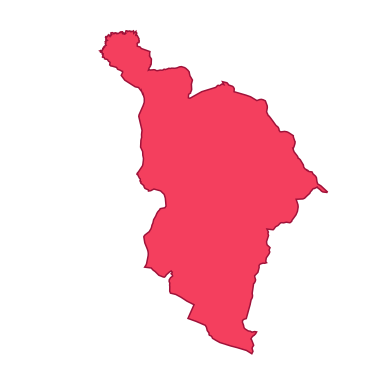 outline of Agona West Municipal, Central, Ghana, rotated 197°
{"feature_id": "2480657B39435178884870", "entity_name": "Agona West Municipal", "entity_type": "district", "adm_level": 2, "iso_a3": "GHA", "parent_name": "Ghana", "parent_adm1": "Central", "projection": "albers", "projection_center": [-0.776, 5.629], "detail": "fine", "context": "isolated", "style": "filled", "palette": "rose", "viewbox_px": 384, "rotation_deg": 197, "n_neighbors": 0, "source": "geoboundaries", "source_scale": "gbopen_adm2", "svg_char_len": 6058}
<svg xmlns="http://www.w3.org/2000/svg" viewBox="0 0 384 384"><g transform="rotate(197 192 192)"><path d="M195.1,306.4L192.9,304.0L194.6,304.1L195.1,303.9L196.4,302.0L196.8,301.8L198.1,301.7L198.7,301.3L199.9,299.0L212.0,290.8L221.4,281.0L223.0,281.0L223.8,284.4L222.3,286.3L222.6,287.3L222.2,288.5L222.3,290.0L224.1,294.9L224.3,299.2L227.9,302.5L229.3,304.9L229.7,305.9L231.3,307.1L234.0,308.4L235.4,308.8L238.8,308.8L240.6,308.0L242.5,306.4L244.5,305.3L247.6,304.5L248.8,303.8L250.4,303.5L251.5,302.5L253.5,301.2L254.6,301.3L255.6,300.0L257.2,299.4L258.1,299.3L260.3,298.0L261.5,297.7L262.3,297.7L263.1,298.0L264.6,297.7L266.0,297.0L266.8,296.8L267.4,296.4L268.3,296.5L269.3,295.7L269.3,297.8L268.5,300.7L268.8,301.1L268.9,301.6L268.5,301.8L268.4,302.2L268.8,303.8L269.7,307.3L272.5,309.7L272.3,310.2L273.0,311.9L273.3,314.0L282.5,314.4L283.7,315.3L284.2,315.5L286.9,315.4L287.9,318.0L287.4,319.1L287.2,319.2L286.8,319.1L286.4,319.4L286.6,321.1L287.4,322.0L287.4,322.9L290.3,325.8L291.5,325.3L291.7,325.5L291.7,326.0L291.4,326.5L291.5,326.8L291.2,327.4L291.7,327.8L291.6,328.1L292.3,328.4L292.6,329.2L294.1,326.8L294.5,328.1L295.2,328.3L294.9,328.8L295.1,329.0L295.8,328.1L296.6,328.0L297.2,327.4L297.5,327.4L297.8,327.8L298.3,327.5L299.2,327.7L300.3,326.6L301.0,327.1L302.2,326.9L302.3,325.1L301.7,324.3L302.4,323.9L302.3,323.4L302.5,323.2L303.2,323.2L303.1,323.6L303.4,323.8L304.0,323.5L303.8,324.1L304.6,324.2L305.1,323.7L305.3,324.0L305.1,324.7L305.3,324.9L306.9,324.4L306.9,323.6L307.8,323.5L308.3,322.5L309.0,321.9L309.6,322.0L310.0,321.8L310.1,321.4L310.9,321.5L311.2,322.0L311.4,322.0L311.7,321.7L312.3,321.6L312.5,320.9L313.0,321.0L313.3,320.6L313.7,321.0L315.0,321.1L316.1,320.3L315.4,319.3L314.8,319.0L315.0,318.7L315.3,318.7L316.1,318.1L315.9,317.9L315.5,318.0L315.4,317.6L315.8,317.4L315.9,316.8L317.6,318.0L317.7,317.8L317.4,317.4L318.1,317.3L318.2,316.4L318.6,315.8L319.2,315.7L319.2,315.4L318.8,315.4L318.9,314.9L318.7,314.7L319.9,315.1L319.9,314.5L319.4,314.0L319.0,314.1L319.1,313.4L318.9,313.4L318.8,312.7L317.3,312.3L318.2,311.2L318.6,311.3L318.5,310.9L318.8,310.4L318.5,310.4L318.0,309.5L318.0,309.2L318.3,309.1L318.3,308.7L318.0,308.7L317.7,307.8L317.2,307.3L317.6,307.2L317.9,306.6L318.0,305.2L318.3,305.2L318.3,305.5L318.5,305.5L318.8,304.9L318.5,304.2L318.7,303.3L319.1,303.7L319.3,303.3L319.1,302.2L319.4,300.3L319.8,300.1L320.0,300.8L320.5,300.8L321.3,300.1L320.5,300.0L320.7,299.6L320.6,299.2L320.4,299.1L320.2,299.5L319.8,299.6L319.6,299.0L318.7,299.1L318.5,298.4L317.3,298.2L317.3,297.8L317.8,297.4L317.0,296.9L317.2,296.4L316.9,295.3L317.1,294.9L316.7,294.7L315.9,295.1L315.2,294.9L314.6,293.8L313.2,293.8L312.7,294.0L311.5,293.9L310.0,292.6L308.8,292.3L308.2,291.8L307.9,289.5L306.4,288.8L305.2,289.0L300.9,289.1L299.9,288.6L299.5,288.0L298.8,287.6L296.6,287.5L293.9,286.9L293.7,287.0L293.3,286.0L293.8,282.8L289.0,279.3L277.1,276.0L273.7,276.3L270.2,273.8L270.2,274.3L267.8,271.2L267.6,271.7L265.0,267.6L263.9,263.9L264.0,260.4L265.2,250.3L265.0,248.7L257.8,236.3L257.1,232.3L256.1,229.4L256.0,226.7L254.3,219.9L251.0,216.2L249.8,212.8L248.3,210.1L247.8,208.2L247.1,204.2L247.0,202.6L249.0,195.9L249.9,193.8L249.9,193.6L249.3,193.4L249.6,192.7L248.7,192.5L248.1,191.7L246.2,189.8L245.6,189.6L245.2,189.2L244.8,187.8L245.0,187.6L244.5,186.8L243.8,186.8L243.6,185.6L239.9,184.0L239.4,182.9L238.5,182.3L238.1,181.7L234.7,181.3L234.3,181.2L233.9,180.2L231.8,181.2L229.3,183.7L222.4,183.9L217.9,181.6L215.7,178.3L212.7,170.9L213.3,169.0L217.5,166.8L217.7,165.7L218.9,163.1L219.4,161.1L219.6,158.6L220.6,154.3L220.3,150.8L220.6,148.6L220.4,146.4L220.5,144.8L221.3,141.6L224.5,137.0L224.8,136.2L225.0,135.1L222.3,129.6L218.0,124.3L216.9,122.7L215.9,120.6L215.3,118.2L214.5,110.2L214.6,108.9L215.3,106.3L208.8,107.4L206.3,105.9L204.1,105.2L199.4,102.7L194.4,102.3L193.4,102.6L192.9,103.4L192.3,105.4L190.1,109.0L188.9,110.3L188.6,109.8L187.4,109.6L187.5,108.3L188.0,107.7L186.7,107.1L186.0,106.0L186.4,105.2L187.4,103.9L188.1,101.3L187.7,99.7L186.6,98.4L186.2,96.4L185.6,95.1L184.3,90.6L183.0,89.0L177.6,89.3L171.9,88.2L164.7,86.1L157.1,84.8L158.9,69.9L150.4,69.5L140.3,68.4L138.6,66.8L136.9,63.9L134.6,62.2L133.9,60.4L133.3,60.1L131.8,60.0L130.5,59.2L129.6,58.1L125.6,57.1L121.3,56.2L110.0,56.1L103.1,56.4L93.6,56.4L87.5,54.8L87.1,57.4L88.8,60.0L88.8,61.6L88.2,63.2L88.3,63.6L91.7,68.0L92.7,68.7L92.2,70.9L91.3,72.5L90.7,73.1L89.7,75.1L89.3,77.1L91.2,76.9L93.7,75.5L95.4,75.9L97.6,75.6L101.0,76.5L102.2,77.1L102.9,78.0L103.8,79.7L105.7,82.2L106.1,84.0L105.0,85.6L103.1,86.8L103.5,101.3L104.0,106.7L103.6,107.3L103.5,109.2L103.9,110.9L104.8,112.6L106.3,122.4L105.7,123.3L105.4,125.2L105.5,126.6L107.1,129.0L107.6,130.2L105.5,134.4L105.7,139.3L106.4,141.3L106.0,142.6L105.4,143.3L103.3,144.7L101.6,145.1L100.0,146.2L100.8,146.8L101.2,147.4L101.7,150.7L100.2,155.6L100.1,157.4L101.3,159.0L101.1,161.6L104.7,163.4L105.4,164.5L106.2,166.3L106.1,172.8L107.2,174.5L107.4,175.5L107.2,176.0L109.5,178.5L103.4,179.6L103.0,180.1L101.9,183.2L100.0,185.1L98.4,188.2L97.6,188.8L95.3,189.3L93.0,190.7L89.4,191.2L88.1,193.0L88.2,193.9L85.9,200.5L85.5,204.3L86.1,208.7L86.9,210.7L90.3,215.5L83.9,217.8L82.5,219.0L80.7,222.3L79.0,225.1L78.7,227.0L77.9,228.5L77.6,229.6L76.9,230.8L75.8,231.2L74.9,232.2L74.2,232.7L73.8,233.3L73.2,232.8L70.0,231.6L68.5,230.7L66.9,230.3L62.9,231.0L62.7,231.8L70.6,235.6L74.2,236.5L75.6,238.6L77.2,242.1L78.4,243.2L81.6,244.7L83.1,246.3L86.1,245.8L88.3,246.3L88.0,246.6L90.8,247.2L92.4,248.4L93.4,250.4L97.9,254.5L100.0,255.5L100.3,255.3L101.4,256.9L106.3,260.4L108.3,263.3L107.9,263.3L107.7,265.5L107.7,268.1L107.8,268.1L108.0,270.1L108.7,270.8L111.2,274.3L111.6,275.5L117.2,277.1L118.9,277.3L121.2,277.0L124.3,275.6L125.3,275.4L126.6,276.3L127.3,277.7L128.4,279.0L129.7,279.7L130.4,279.8L131.3,280.3L137.5,285.0L140.6,287.2L141.3,287.3L144.1,290.4L144.6,294.6L145.2,296.3L148.5,300.6L150.8,301.0L152.7,300.9L154.3,300.2L156.7,298.4L163.8,300.2L168.7,300.4L181.1,300.2L181.8,303.1L182.9,304.3L184.1,304.9L188.4,305.1L189.3,306.0L190.5,306.7L195.1,306.4Z" fill="#f43f5e" stroke="#9f1239" stroke-width="1.5"/></g></svg>